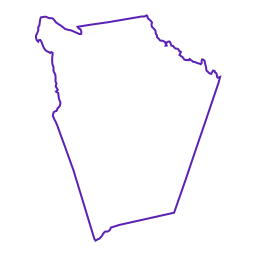 Vargem Grande, Maranhão, Brazil (Robinson projection)
{"feature_id": "56859067B3875589464132", "entity_name": "Vargem Grande", "entity_type": "district", "adm_level": 2, "iso_a3": "BRA", "parent_name": "Brazil", "parent_adm1": "Maranhão", "projection": "robinson", "projection_center": [-43.888, -3.737], "detail": "fine", "context": "isolated", "style": "outline", "palette": "violet", "viewbox_px": 256, "rotation_deg": 0, "n_neighbors": 0, "source": "geoboundaries", "source_scale": "gbopen_adm2", "svg_char_len": 2506}
<svg xmlns="http://www.w3.org/2000/svg" viewBox="0 0 256 256"><path d="M53.3,113.3L52.9,115.2L53.1,116.6L53.8,117.7L54.5,119.8L55.5,121.3L57.4,125.8L60.9,135.6L63.9,143.7L73.8,171.2L74.3,173.0L76.2,179.4L76.8,181.2L83.2,202.2L88.7,220.3L94.4,239.0L95.5,240.6L97.0,239.8L98.2,239.0L99.6,238.6L100.6,237.3L101.9,236.0L102.6,234.7L103.2,233.6L104.4,232.2L105.5,231.5L107.3,231.6L108.6,231.1L110.2,229.5L110.8,227.6L119.4,224.9L130.7,222.4L139.6,220.4L161.1,215.6L174.1,212.7L185.9,178.9L190.5,165.2L198.0,143.1L206.4,118.6L208.1,113.5L218.7,82.3L220.1,76.9L219.1,77.3L217.7,77.7L217.0,76.7L216.9,75.0L216.2,73.1L214.9,72.3L214.6,70.9L213.1,70.6L212.0,72.3L211.2,73.9L209.6,73.4L208.7,72.7L207.8,71.7L206.5,70.6L206.2,68.7L206.1,67.3L205.7,65.8L205.1,63.8L204.8,62.0L204.5,60.6L203.4,59.7L202.1,59.4L201.6,61.0L201.7,62.9L200.7,64.2L199.4,63.6L198.1,63.3L196.8,62.9L195.0,62.0L193.2,61.8L192.2,60.9L190.8,60.0L189.7,59.0L188.8,60.3L187.7,60.0L185.7,60.0L184.4,59.6L183.7,58.7L182.4,56.9L181.0,56.1L179.5,55.0L180.2,53.4L180.9,51.8L179.3,51.1L178.4,49.3L176.9,48.6L175.8,48.6L174.5,47.8L173.3,46.1L171.4,45.7L170.9,44.4L170.4,42.8L169.5,41.5L168.2,41.6L166.9,42.4L166.0,44.0L165.0,42.2L163.9,41.4L162.6,40.7L161.2,40.8L160.0,40.4L158.8,38.8L157.1,37.3L156.8,35.0L156.0,34.1L155.7,33.0L155.5,31.5L155.3,30.3L153.9,28.8L151.8,26.6L151.5,24.5L152.0,22.5L151.0,21.2L149.9,20.0L148.6,19.1L147.5,17.5L147.4,16.2L146.6,15.4L145.2,16.1L143.8,16.6L142.3,16.4L108.9,22.1L89.3,24.9L77.6,26.8L78.7,28.5L80.6,29.4L81.2,31.2L81.4,32.5L81.0,34.0L79.4,34.1L77.2,33.0L75.2,32.2L73.3,31.3L71.7,30.6L69.6,30.1L67.9,29.8L66.7,29.4L65.3,29.1L63.6,27.7L62.4,26.8L61.1,25.8L59.4,24.7L57.4,23.4L56.1,22.5L55.1,21.2L54.0,19.8L52.9,18.6L51.8,18.2L49.6,18.2L48.1,17.8L46.6,17.0L45.5,16.7L43.4,16.9L40.9,17.4L40.3,18.9L40.1,20.3L39.8,21.8L39.6,23.8L39.2,25.8L38.2,27.4L38.3,30.2L37.4,32.7L36.8,34.1L36.1,35.2L35.9,37.2L36.6,39.9L38.2,41.7L39.0,40.1L40.3,40.0L41.5,41.9L42.0,43.3L43.2,46.4L44.3,48.6L45.3,50.0L47.0,51.4L48.6,51.9L50.2,53.0L51.3,52.1L52.5,52.8L52.6,54.7L52.3,56.5L52.2,58.1L52.2,61.5L52.4,64.1L53.2,66.2L53.6,68.3L53.4,69.8L53.7,71.6L54.5,73.0L55.3,74.7L55.5,76.4L55.6,77.7L55.5,80.1L55.6,81.5L56.4,83.4L56.0,85.2L55.7,86.5L56.6,87.7L57.8,89.9L57.0,90.7L56.0,91.6L57.0,92.3L58.2,92.9L58.4,94.5L58.6,96.4L59.0,99.0L60.3,102.1L60.4,103.7L59.7,106.1L58.7,107.4L57.5,108.3L57.0,110.1L56.2,111.1L54.8,111.4L53.9,112.1L53.3,113.3ZM166.0,44.0L166.7,45.5L165.6,45.7L166.0,44.0Z" fill="none" stroke="#5b21b6" stroke-width="2"/></svg>